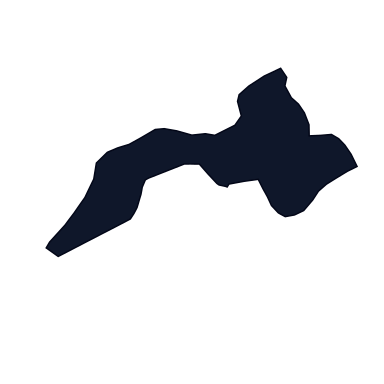 the district of Oshimili South, Delta, Nigeria, rotated 232°
{"feature_id": "59680162B32979491305099", "entity_name": "Oshimili South", "entity_type": "district", "adm_level": 2, "iso_a3": "NGA", "parent_name": "Nigeria", "parent_adm1": "Delta", "projection": "equal_earth", "projection_center": [6.686, 6.129], "detail": "fine", "context": "isolated", "style": "filled", "palette": "ink", "viewbox_px": 384, "rotation_deg": 232, "n_neighbors": 0, "source": "geoboundaries", "source_scale": "gbopen_adm2", "svg_char_len": 1374}
<svg xmlns="http://www.w3.org/2000/svg" viewBox="0 0 384 384"><g transform="rotate(232 192 192)"><path d="M174.3,222.8L175.5,226.0L168.3,239.8L161.2,252.0L150.6,249.9L141.8,248.5L132.4,246.3L122.4,247.2L120.2,248.1L115.2,250.3L110.8,258.7L108.6,268.6L111.4,282.2L114.8,292.1L115.4,302.7L114.3,313.4L112.7,327.1L110.5,337.8L123.8,340.6L134.9,341.3L143.7,340.4L151.5,337.3L157.5,328.1L164.1,318.9L173.0,325.6L185.2,329.3L195.7,330.0L205.1,328.3L218.4,330.5L224.0,337.2L234.9,338.0L238.9,320.3L240.5,302.1L239.7,289.1L235.4,283.7L221.5,277.7L218.2,266.9L222.6,244.9L229.7,238.4L236.9,226.9L249.6,217.6L252.8,214.7L259.0,209.1L262.3,204.0L263.9,201.5L264.3,198.6L264.6,196.3L266.0,185.9L266.5,182.6L268.0,173.3L268.2,171.8L271.6,163.0L272.6,160.3L273.8,155.7L274.8,152.1L275.4,149.7L273.7,134.5L270.1,130.6L269.8,130.3L262.6,122.5L260.6,118.4L256.5,110.1L253.6,104.3L250.5,94.1L248.0,86.1L245.5,76.7L244.1,71.7L240.2,49.0L237.7,42.7L223.6,46.9L218.3,75.4L214.7,94.6L211.4,112.0L209.3,123.5L208.7,126.8L210.8,132.9L212.3,136.3L213.6,139.1L216.0,142.5L218.1,145.4L219.6,147.5L221.4,150.1L224.2,153.3L226.4,155.7L230.3,162.7L229.7,166.4L226.6,176.9L218.8,203.2L214.8,208.4L212.4,211.3L209.5,215.0L195.4,215.8L194.7,215.9L189.0,216.4L183.4,216.9L181.0,217.6L180.6,217.9L180.1,218.3L177.6,220.4L175.8,221.9L174.3,222.8Z" fill="#0f172a" stroke="#020617" stroke-width="1.5"/></g></svg>